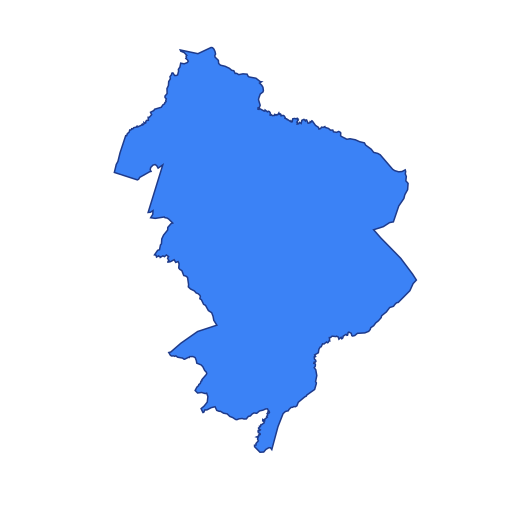 outline of Mpohor, Western, Ghana, rotated 107°
{"feature_id": "2480657B89256099008264", "entity_name": "Mpohor", "entity_type": "district", "adm_level": 2, "iso_a3": "GHA", "parent_name": "Ghana", "parent_adm1": "Western", "projection": "orthographic", "projection_center": [-1.858, 5.058], "detail": "fine", "context": "isolated", "style": "filled", "palette": "blue", "viewbox_px": 512, "rotation_deg": 107, "n_neighbors": 0, "source": "geoboundaries", "source_scale": "gbopen_adm2", "svg_char_len": 6100}
<svg xmlns="http://www.w3.org/2000/svg" viewBox="0 0 512 512"><g transform="rotate(107 256 256)"><path d="M437.4,202.1L438.8,201.6L442.5,194.8L441.2,191.3L438.1,190.0L435.5,187.6L435.2,186.1L436.5,184.3L412.8,185.1L398.8,184.0L396.1,182.4L394.5,179.8L393.3,179.7L390.5,178.2L390.0,176.7L389.0,176.0L388.6,174.2L387.3,173.1L383.5,172.8L376.3,168.1L375.4,167.0L374.0,166.7L366.5,160.9L360.5,161.0L359.6,161.2L358.8,162.3L352.6,162.9L347.3,165.6L345.8,167.7L344.1,167.1L342.5,167.4L341.4,168.4L341.7,169.3L340.4,169.3L340.2,168.3L339.3,167.9L338.2,168.5L337.6,169.9L335.7,170.7L334.9,169.8L334.7,170.5L334.1,170.2L333.4,171.0L330.3,168.1L326.8,168.6L324.3,168.0L323.7,167.1L320.5,166.7L320.3,165.3L317.6,163.4L318.1,162.4L317.7,161.8L315.6,161.2L315.6,160.7L312.6,162.0L312.2,160.9L310.4,159.8L309.7,156.0L309.1,155.5L309.4,153.7L311.3,152.4L308.9,150.9L310.1,149.8L309.8,149.5L308.8,149.0L307.2,149.2L304.7,147.1L304.6,146.6L305.3,145.9L305.0,145.3L302.2,145.5L301.6,144.9L302.1,142.3L304.1,141.1L304.3,140.2L303.2,138.3L300.3,136.4L297.7,129.4L295.1,126.2L293.0,125.3L291.0,125.3L288.3,123.1L284.9,121.9L282.2,120.0L278.3,118.3L276.4,118.4L271.4,115.0L266.2,113.1L263.9,109.8L261.6,109.0L259.6,107.9L258.8,106.4L244.2,98.7L236.5,97.7L232.1,95.6L227.6,100.9L215.9,116.9L202.2,142.0L196.5,151.2L190.7,142.8L185.0,138.0L183.2,134.6L166.4,134.1L157.8,131.4L153.9,131.6L148.2,130.4L142.1,131.8L140.3,134.7L136.0,135.5L133.9,137.2L131.4,137.6L130.0,138.5L132.5,141.0L133.8,144.2L133.8,148.3L133.1,150.7L122.9,166.8L122.3,169.5L122.5,173.8L120.2,177.0L117.9,183.6L116.1,185.4L116.4,190.2L115.8,195.0L116.4,200.4L117.8,203.2L116.7,209.4L116.1,210.3L113.6,210.9L113.1,211.4L112.7,213.3L114.2,215.1L114.6,218.2L113.1,219.4L113.9,221.5L112.8,224.0L112.8,227.5L112.1,228.0L113.4,229.4L113.6,231.0L115.2,231.5L116.2,232.9L114.7,233.9L113.7,237.3L110.5,241.5L111.1,241.9L110.7,242.3L111.8,242.8L111.7,243.5L112.8,243.3L113.8,245.0L111.1,247.4L111.3,248.1L112.4,248.3L111.3,250.1L112.8,251.8L116.1,251.6L115.5,253.4L117.1,253.9L117.8,255.2L116.2,255.4L116.0,256.1L113.9,255.4L113.3,256.2L112.8,255.7L112.2,256.7L113.1,258.0L113.2,259.5L114.1,261.0L117.0,260.6L117.4,261.3L116.6,262.2L117.3,262.4L116.2,265.7L116.5,266.0L115.9,266.8L115.8,268.6L115.0,268.6L113.8,270.0L113.6,271.2L114.6,273.0L113.3,273.6L113.0,274.5L113.6,274.6L113.6,275.4L112.6,276.0L114.7,276.6L114.9,277.8L115.5,278.0L115.2,278.8L115.8,279.2L115.4,279.5L116.3,279.8L117.0,281.4L116.4,282.5L117.1,283.0L117.1,283.8L115.2,284.0L114.0,285.4L114.0,286.6L114.8,287.2L113.7,290.0L114.7,289.9L115.0,290.5L114.0,295.7L114.9,295.9L115.1,297.0L114.0,297.4L114.1,297.9L112.8,296.2L110.6,296.1L105.8,299.3L104.3,299.5L99.9,299.3L97.1,297.3L95.6,297.3L92.6,298.7L91.0,300.5L89.6,303.2L87.8,301.7L88.0,303.0L86.0,308.0L86.8,315.0L86.4,316.1L84.7,317.7L85.6,321.7L87.6,325.5L87.0,327.9L87.5,329.3L85.3,331.4L85.5,333.6L84.3,336.3L83.6,341.1L83.9,345.8L82.8,348.0L79.9,349.2L77.7,353.4L76.3,354.0L74.7,353.7L72.4,355.0L70.4,356.8L69.5,358.5L69.7,359.9L79.5,370.7L81.1,388.7L82.1,387.9L82.5,384.1L84.4,380.8L85.3,381.3L86.4,380.6L87.6,380.9L88.4,378.9L89.6,377.7L91.1,378.2L93.2,380.9L93.6,384.4L97.5,384.0L100.2,384.8L101.9,384.1L105.7,383.9L106.6,384.8L107.2,386.6L105.2,389.0L105.7,389.9L107.6,389.9L109.6,390.7L111.6,389.7L114.7,390.5L118.6,389.6L121.9,390.1L126.6,388.5L129.7,389.8L131.1,389.3L131.9,387.7L133.5,387.8L134.7,387.2L135.9,388.0L137.1,387.9L138.8,389.3L141.4,390.0L145.3,395.9L146.7,396.2L149.4,398.9L151.4,397.1L154.6,398.6L154.9,399.7L157.7,398.6L158.4,400.4L160.1,400.7L160.9,400.4L161.4,401.0L161.1,402.2L162.2,401.7L163.7,402.6L163.1,403.3L164.5,403.9L166.8,406.5L166.5,407.7L166.9,407.9L167.3,407.3L169.0,410.4L170.2,410.8L170.6,412.1L171.2,411.9L172.3,412.9L172.4,413.6L174.6,413.5L176.6,414.8L178.8,414.9L179.0,415.8L197.0,416.2L205.9,415.7L209.3,416.4L217.5,415.9L217.9,391.7L216.9,390.7L214.8,390.2L206.5,382.3L205.8,381.1L204.4,382.4L202.2,382.6L199.2,381.1L198.0,379.2L198.7,377.3L200.6,375.3L196.1,371.8L245.9,371.9L245.0,369.7L242.7,367.8L246.3,366.9L250.2,367.9L249.5,363.4L245.5,355.1L246.0,354.3L245.7,352.3L246.1,350.5L248.8,345.3L249.9,346.7L254.4,348.7L257.0,348.1L263.0,350.5L267.2,351.1L272.0,350.0L273.4,350.6L278.2,350.1L279.3,351.7L284.6,353.4L284.5,351.8L286.1,350.8L284.3,349.2L284.8,348.6L284.7,347.4L285.3,347.1L283.1,345.1L283.4,343.3L281.2,342.0L282.2,339.4L284.0,339.9L285.9,337.9L286.9,338.6L287.6,338.4L286.5,336.2L283.5,333.2L285.6,330.9L284.1,328.9L285.9,327.3L290.0,326.4L291.0,325.1L291.7,322.6L295.8,319.4L295.7,317.3L296.5,315.2L303.1,312.1L305.3,311.7L306.7,309.0L307.4,304.7L308.8,302.5L309.0,300.2L310.0,298.2L310.8,297.4L313.3,297.2L313.8,295.4L317.5,292.0L318.0,289.8L322.1,285.6L323.2,281.8L326.3,279.4L329.8,277.6L333.6,273.2L345.3,289.8L361.3,302.3L372.8,309.5L373.8,311.2L376.0,308.8L376.3,307.4L375.6,305.6L375.7,304.4L374.9,303.5L375.7,301.4L375.1,296.3L375.7,294.9L375.6,294.1L372.6,290.9L372.6,290.2L371.6,290.0L370.6,286.9L370.8,285.1L371.0,284.4L373.5,282.5L375.8,281.3L376.2,276.6L377.5,274.4L380.5,271.6L381.5,269.7L382.6,268.8L383.7,268.8L390.0,271.6L391.1,271.3L391.8,272.0L394.2,272.0L395.6,273.1L396.7,273.0L398.7,274.2L402.4,274.9L404.1,271.8L402.4,268.1L402.4,264.3L401.6,263.1L404.5,260.9L410.0,259.9L414.8,261.8L418.0,263.9L421.2,261.0L420.8,260.3L418.1,259.9L417.6,258.0L414.2,254.6L412.1,251.1L415.1,248.4L415.3,245.8L414.9,244.6L415.8,241.2L415.4,237.4L417.1,234.1L417.3,231.0L418.3,227.7L418.1,226.4L416.7,224.7L415.4,221.7L415.4,219.8L414.6,217.6L411.6,216.4L410.6,214.6L408.2,213.5L406.7,212.1L406.2,209.3L403.1,207.3L401.4,204.3L399.4,202.0L398.8,200.3L400.2,199.1L401.4,199.0L400.6,198.2L401.5,197.4L402.4,197.6L403.4,199.3L404.6,198.3L406.3,198.9L406.8,198.1L409.4,199.9L410.8,199.6L410.3,201.7L411.7,201.4L412.1,200.0L413.1,199.4L415.5,201.2L415.8,202.0L417.7,201.9L417.8,202.8L418.5,202.5L419.8,203.3L420.3,203.0L421.0,201.0L422.1,201.7L422.1,202.8L422.8,202.9L424.3,202.1L424.6,200.2L425.5,199.8L426.3,201.1L427.2,200.7L428.9,202.6L428.9,201.0L430.6,201.0L432.1,199.7L435.3,201.2L436.7,200.7L437.4,202.1Z" fill="#3b82f6" stroke="#1e3a8a" stroke-width="1.5"/></g></svg>